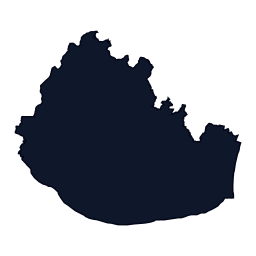 the district of Waimakariri District, Canterbury, New Zealand
{"feature_id": "76426892B89827280876957", "entity_name": "Waimakariri District", "entity_type": "district", "adm_level": 2, "iso_a3": "NZL", "parent_name": "New Zealand", "parent_adm1": "Canterbury", "projection": "mercator", "projection_center": [172.332, -43.208], "detail": "fine", "context": "isolated", "style": "filled", "palette": "ink", "viewbox_px": 256, "rotation_deg": 0, "n_neighbors": 0, "source": "geoboundaries", "source_scale": "gbopen_adm2", "svg_char_len": 5742}
<svg xmlns="http://www.w3.org/2000/svg" viewBox="0 0 256 256"><path d="M97.4,32.2L96.9,31.5L96.3,31.3L93.4,31.9L91.9,31.8L90.4,32.0L88.4,33.2L86.8,33.3L86.1,33.8L85.8,34.5L83.5,35.3L82.4,36.8L81.8,37.2L81.5,37.8L81.5,39.3L80.4,41.9L80.3,44.8L78.6,46.4L77.0,46.3L75.4,45.3L74.7,44.4L74.3,44.4L73.8,43.7L72.9,43.4L70.0,43.5L69.6,44.8L68.6,46.4L68.6,47.8L68.2,48.8L68.1,49.9L68.6,51.2L67.0,52.2L65.8,54.1L63.4,56.2L62.9,57.1L62.4,59.5L61.0,61.0L62.2,64.6L61.1,66.3L61.1,66.8L58.8,69.2L57.1,69.3L54.8,66.7L52.2,68.3L50.4,75.8L49.1,77.8L46.0,80.5L40.7,85.7L41.0,88.2L40.5,90.6L40.5,91.9L41.0,92.7L41.7,93.4L42.1,94.5L42.5,96.5L41.9,98.0L41.8,99.6L42.6,101.4L41.7,103.4L40.8,104.5L38.3,105.4L36.3,107.2L35.8,108.7L35.8,110.2L35.4,111.1L34.9,114.2L34.0,115.5L33.9,116.0L34.2,116.8L22.1,116.7L21.7,117.3L21.5,118.2L21.9,119.3L21.2,120.3L21.5,121.2L21.6,123.2L20.4,123.7L19.9,124.9L19.9,125.9L19.5,126.2L18.4,126.5L16.7,126.2L16.2,126.4L16.1,127.1L16.8,128.0L16.4,128.6L16.2,129.9L15.4,131.8L15.5,132.8L19.2,134.1L21.3,135.6L22.0,135.5L23.0,135.9L24.0,137.9L23.9,138.5L24.3,139.8L25.4,139.9L26.0,140.4L25.7,141.1L24.7,141.9L23.7,140.9L23.3,141.1L23.4,142.0L24.3,142.7L24.6,143.6L22.4,144.1L21.8,144.6L21.7,145.3L20.9,145.9L20.2,147.7L21.1,148.4L21.2,149.4L21.0,149.9L20.4,150.2L19.4,151.8L18.8,152.0L18.5,153.5L19.2,153.8L20.1,153.4L20.7,154.4L20.5,155.2L20.7,155.9L21.1,156.6L23.1,156.5L23.5,156.8L23.7,157.2L23.5,157.6L22.9,157.6L22.1,158.1L22.0,159.1L22.3,159.7L26.2,163.7L26.9,164.8L30.8,168.6L31.0,169.2L31.2,172.3L31.4,173.2L34.6,177.7L39.2,181.7L43.0,183.9L46.7,185.0L48.4,186.2L49.3,186.1L51.6,186.6L54.1,188.2L58.1,191.9L58.7,194.2L60.9,197.8L64.3,202.6L68.0,205.0L75.3,210.6L84.3,215.2L85.5,216.3L89.3,218.1L92.8,219.0L97.4,219.7L107.4,222.7L111.6,223.1L117.7,224.6L127.2,224.7L134.1,223.8L145.2,222.9L150.8,221.9L154.0,220.9L155.7,219.8L164.3,219.7L178.7,217.6L180.9,217.7L184.3,216.8L188.4,215.2L191.3,214.6L196.8,214.6L201.1,212.8L204.4,212.8L205.5,212.5L208.1,210.9L211.3,209.5L215.2,207.4L217.8,205.8L220.2,203.0L222.8,201.0L224.6,198.1L225.7,197.8L227.4,198.1L228.9,197.6L230.4,198.0L233.4,197.8L233.4,195.3L233.2,193.1L232.8,192.0L232.7,185.7L233.1,177.4L233.7,171.7L234.0,171.5L235.3,163.1L236.1,159.7L237.4,154.2L238.9,150.3L239.6,146.0L240.6,142.9L235.5,141.0L237.8,135.4L235.1,136.3L233.0,135.4L231.2,132.1L229.1,133.2L228.5,132.1L228.8,130.6L228.1,128.8L223.9,130.4L223.5,129.7L224.1,126.3L219.4,125.3L219.2,126.2L216.5,125.7L216.3,125.4L215.6,125.5L212.9,125.3L211.5,124.0L209.5,123.5L208.7,123.8L207.9,124.7L207.3,126.1L206.9,125.9L205.9,128.4L205.8,128.2L205.3,131.5L204.3,133.6L203.2,133.3L200.6,136.9L201.2,137.6L201.3,138.0L201.0,137.8L200.5,138.0L200.2,137.8L200.1,138.2L200.7,138.3L200.5,139.1L200.8,139.2L200.1,141.9L198.0,141.6L196.2,141.9L195.1,141.2L193.4,141.5L193.4,140.2L193.1,139.3L192.0,137.9L191.2,136.0L189.6,136.0L189.3,135.6L189.2,135.2L190.2,134.6L189.9,133.8L190.1,133.1L188.9,132.2L188.6,130.4L185.3,128.3L185.8,127.0L183.0,126.1L183.7,125.5L183.9,125.0L183.6,124.8L183.7,124.4L183.5,123.7L183.9,122.6L183.8,122.0L183.4,121.8L183.4,121.1L182.9,119.7L182.9,119.1L183.2,119.0L183.0,118.8L183.4,118.4L183.1,118.3L183.4,117.2L184.8,116.3L185.6,115.3L186.8,114.6L185.7,112.6L185.0,112.2L183.7,110.4L184.1,110.1L184.0,109.4L184.9,106.8L185.3,106.5L185.1,105.2L182.5,104.8L182.1,106.1L182.3,106.5L182.0,107.2L181.6,107.6L181.8,107.8L180.8,108.3L181.1,108.7L180.5,109.0L180.5,109.3L180.0,109.7L180.4,110.4L179.8,110.6L179.7,110.9L179.4,110.9L179.1,111.3L178.6,111.2L178.3,111.7L178.4,112.2L177.3,112.7L177.0,112.4L175.9,112.2L175.6,112.5L175.8,112.8L175.5,113.0L174.4,112.9L174.2,113.0L174.2,113.5L173.7,113.3L172.8,113.9L172.1,113.8L171.6,114.1L171.7,113.5L171.6,113.3L171.9,112.8L171.7,112.1L172.2,111.4L172.4,111.2L172.5,110.8L173.3,109.8L173.4,109.3L168.8,109.1L168.7,106.3L170.0,105.9L170.5,105.4L171.9,105.5L171.9,105.0L172.2,105.0L172.3,104.5L171.6,104.0L170.8,103.0L169.9,103.0L170.0,102.0L167.9,102.1L167.7,101.4L169.5,99.3L168.2,98.0L168.1,98.9L166.9,100.4L166.8,100.9L165.7,101.4L162.6,101.4L161.6,102.8L162.9,103.4L163.2,104.1L163.7,104.4L161.4,106.2L160.2,109.6L158.0,109.0L157.9,109.4L157.5,109.2L157.4,109.5L156.0,108.1L155.9,108.3L152.3,106.5L152.9,106.4L153.4,105.6L153.5,105.0L153.8,104.5L153.7,102.7L154.0,101.7L154.7,101.4L155.5,98.6L156.2,98.0L155.8,96.6L154.9,96.7L154.4,96.1L152.6,91.7L152.7,91.3L152.5,90.0L151.8,89.9L151.4,90.5L150.7,90.6L150.6,89.1L150.9,88.5L151.0,87.4L149.5,84.2L149.0,83.7L148.2,81.5L146.9,80.0L146.8,78.4L149.9,75.7L150.7,73.8L150.7,72.5L150.4,71.8L152.4,67.8L153.1,67.3L152.9,66.8L152.1,66.1L151.6,64.8L150.4,64.5L150.2,63.8L149.6,63.2L149.6,62.8L149.4,62.6L149.3,61.9L148.9,61.9L148.8,61.6L148.9,61.3L148.5,61.2L148.2,60.8L148.2,60.2L147.6,59.9L147.2,60.1L147.1,59.8L145.5,59.2L144.3,58.2L142.8,57.7L142.2,57.9L141.0,57.4L140.0,58.2L139.3,60.7L138.9,60.7L138.7,61.0L138.9,61.9L138.7,63.1L136.0,65.3L134.2,67.7L132.4,68.3L131.1,67.3L129.1,66.6L128.3,65.8L126.9,63.0L126.8,62.4L127.0,61.7L127.8,60.9L128.5,59.4L128.1,58.7L127.9,55.8L127.6,55.5L126.3,55.7L125.3,56.3L124.2,57.9L122.0,59.2L120.9,59.6L118.4,59.4L116.5,59.9L115.9,59.8L115.1,58.5L113.5,57.5L112.1,57.1L110.4,56.2L109.7,55.2L109.2,51.3L107.2,50.3L107.0,49.7L107.1,48.4L108.0,47.1L108.9,46.3L110.4,46.0L110.9,45.6L110.6,44.4L109.9,43.6L110.1,43.1L109.5,42.5L109.6,41.6L108.8,42.2L108.7,41.2L108.4,40.8L108.2,41.9L108.0,42.1L107.7,42.0L107.5,41.2L107.7,40.5L108.0,40.4L108.0,39.8L107.3,40.4L106.1,40.1L105.7,40.7L104.2,41.1L103.1,41.9L100.6,41.6L99.8,42.0L99.5,41.8L99.0,41.9L97.7,39.2L96.5,38.8L95.6,37.4L94.8,37.4L94.5,38.6L94.3,38.6L94.1,37.6L93.6,37.1L93.7,35.9L94.1,35.8L95.2,36.2L95.1,35.7L94.6,35.3L95.0,34.8L95.4,33.4L96.2,32.3L97.4,32.2Z" fill="#0f172a" stroke="#020617" stroke-width="1.5"/></svg>